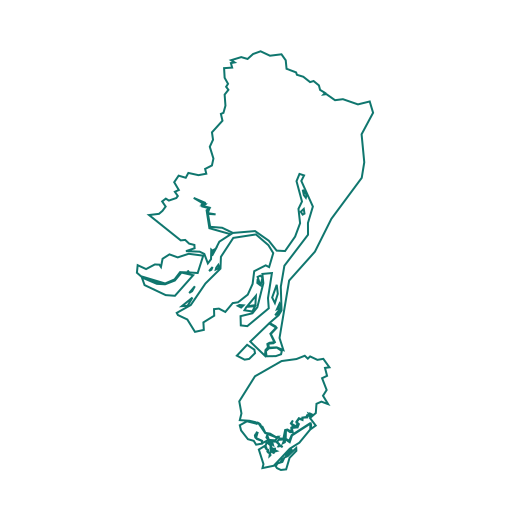 outline of Tana Tidung, Kalimantan Timur, Indonesia, rotated 108°
{"feature_id": "22746128B22343651246279", "entity_name": "Tana Tidung", "entity_type": "district", "adm_level": 2, "iso_a3": "IDN", "parent_name": "Indonesia", "parent_adm1": "Kalimantan Timur", "projection": "equal_earth", "projection_center": [117.34, 3.554], "detail": "fine", "context": "isolated", "style": "outline", "palette": "teal", "viewbox_px": 512, "rotation_deg": 108, "n_neighbors": 0, "source": "geoboundaries", "source_scale": "gbopen_adm2", "svg_char_len": 6166}
<svg xmlns="http://www.w3.org/2000/svg" viewBox="0 0 512 512"><g transform="rotate(108 256 256)"><path d="M267.6,316.8L273.0,324.1L269.3,310.9L270.0,305.8L277.9,299.5L272.9,297.8L263.8,300.5L264.6,298.7L263.6,298.4L261.5,296.5L253.7,295.3L243.1,286.7L244.0,308.9L227.8,317.1L225.0,315.2L225.5,322.5L223.9,323.5L222.2,321.0L222.2,323.3L220.0,333.2L221.1,321.0L222.3,320.0L224.9,322.8L224.4,315.0L230.1,315.1L228.9,307.3L230.8,314.7L242.4,308.6L239.6,296.9L241.2,285.1L232.6,264.6L237.5,248.6L244.5,238.0L242.3,229.9L225.5,224.8L211.2,224.2L198.0,230.2L190.0,229.1L172.3,240.6L164.5,240.0L164.5,235.2L170.6,236.1L191.4,217.2L208.5,216.8L219.7,213.1L256.5,226.0L277.6,222.9L299.9,214.9L305.3,216.2L315.5,222.4L316.9,215.7L318.0,214.2L325.6,217.8L332.1,211.4L333.6,212.5L335.6,217.2L339.2,215.4L336.5,208.1L337.0,200.9L326.7,208.3L269.1,216.9L233.7,201.3L197.3,195.8L149.0,179.6L133.4,182.0L107.6,193.2L83.6,188.9L73.9,195.6L80.3,205.9L80.0,221.8L83.4,229.0L80.3,239.1L81.5,241.6L79.6,240.7L78.2,246.4L74.3,248.9L71.8,255.3L73.9,258.3L70.9,266.4L71.0,273.1L69.0,274.6L68.5,284.8L60.7,288.2L56.3,294.1L61.2,304.6L59.9,314.9L64.8,321.2L71.2,324.9L71.4,331.5L77.5,340.2L78.5,336.2L80.3,339.5L84.2,336.9L87.2,344.4L96.2,340.9L100.9,335.8L104.3,336.7L106.5,333.6L112.2,335.7L122.5,331.5L129.9,331.2L131.7,333.3L137.7,329.7L152.0,336.1L158.7,332.8L166.4,333.7L176.5,326.6L183.5,325.9L188.9,331.3L193.1,328.7L196.9,335.7L197.9,346.0L203.3,347.0L203.5,354.4L211.1,356.6L217.1,349.8L220.0,353.0L223.1,348.9L225.5,349.7L230.2,356.0L229.3,359.5L233.1,362.1L236.9,357.2L242.0,358.9L245.9,361.3L250.1,370.4L264.4,332.4L262.6,328.3L264.9,323.4L264.5,318.0L267.6,316.8ZM374.3,148.8L374.6,141.6L368.2,149.1L361.6,147.4L351.8,155.4L348.0,151.4L341.1,155.8L339.2,151.8L333.0,160.2L335.8,165.5L334.8,173.5L337.6,175.0L335.8,178.8L341.5,185.7L348.0,199.2L370.7,219.8L399.4,227.0L410.2,221.2L417.1,220.7L414.7,211.2L414.2,205.1L415.1,203.6L414.0,203.3L414.0,202.1L414.7,200.0L416.4,198.4L416.4,197.1L421.3,192.4L420.6,187.7L422.1,180.9L421.0,179.2L422.3,177.2L421.3,173.5L412.5,174.5L411.3,172.5L412.2,168.0L408.3,169.4L406.7,168.0L406.0,165.2L405.7,169.0L404.4,171.1L401.0,170.1L404.5,170.7L405.9,164.1L404.0,164.9L402.5,163.9L402.0,166.0L401.3,166.4L397.0,165.1L397.3,161.3L395.4,162.0L393.8,158.9L393.6,157.7L392.2,158.3L391.6,158.1L391.6,155.6L390.8,157.1L389.7,157.2L389.1,156.4L389.2,155.3L390.2,154.3L388.6,153.5L390.4,153.9L389.8,157.0L391.8,155.2L391.6,157.8L393.7,157.4L395.3,161.6L397.6,161.1L397.4,164.7L401.3,166.0L402.7,163.3L406.1,163.5L408.5,168.8L412.1,166.7L413.0,169.1L411.9,172.6L412.7,173.6L420.7,171.3L421.4,167.3L415.3,166.7L398.5,153.0L398.5,152.1L399.6,151.4L403.7,150.4L398.8,146.8L393.4,154.6L386.9,150.6L377.9,152.8L374.3,148.8ZM262.5,240.1L247.9,240.5L241.9,247.5L235.5,262.7L245.8,283.2L267.6,289.1L279.0,285.9L297.8,295.6L322.8,302.9L334.6,313.8L336.3,312.0L337.6,301.7L347.0,290.6L342.4,282.8L335.4,285.5L325.7,277.3L319.5,279.5L317.5,275.0L318.7,267.9L308.0,263.6L305.6,258.8L295.3,251.9L283.6,250.6L271.0,253.0L261.9,243.9L262.5,240.1ZM301.3,365.7L308.7,364.1L310.8,359.2L310.2,333.9L303.4,326.2L294.8,323.2L292.4,314.8L292.0,315.8L290.9,316.4L292.3,314.5L290.2,306.2L272.0,306.3L274.7,320.7L281.5,330.0L281.2,338.8L287.5,344.0L295.8,343.0L294.1,345.2L295.3,349.6L302.4,356.5L301.3,365.7ZM404.2,150.8L398.6,152.5L415.5,166.3L422.7,166.4L421.2,171.7L424.2,171.0L425.7,172.5L421.7,172.3L423.8,177.6L426.4,178.6L427.5,176.2L428.8,174.6L428.8,173.1L429.6,171.7L429.0,174.9L428.5,175.0L430.1,175.5L430.2,175.9L428.3,175.5L426.3,179.6L428.7,186.7L428.8,183.5L429.3,182.2L430.5,181.4L429.0,187.4L430.6,184.3L434.4,181.0L433.0,177.5L434.6,180.7L435.1,176.1L436.1,177.6L435.4,182.2L437.9,177.5L437.4,181.6L431.6,183.7L429.8,188.3L434.5,188.2L434.7,187.2L436.3,186.3L436.6,184.7L438.9,183.5L439.3,181.6L441.0,180.7L442.1,181.3L439.5,181.8L439.1,183.8L438.4,184.8L436.8,184.8L436.5,186.4L434.8,188.5L433.7,188.8L439.2,193.5L451.6,184.6L455.7,184.3L450.0,174.3L428.8,164.3L420.2,157.1L404.2,150.8ZM325.4,242.6L301.8,227.7L292.3,231.6L267.3,235.6L271.1,244.4L279.6,240.6L304.3,238.9L311.6,241.7L318.0,252.1L326.7,249.0L325.4,242.6ZM318.9,320.8L293.7,309.8L294.8,321.8L304.4,325.6L311.0,333.7L313.1,341.7L311.7,357.9L318.1,353.0L321.1,329.8L318.9,320.8ZM426.9,186.9L425.4,180.8L421.4,179.1L422.3,180.6L421.5,192.6L414.2,202.1L415.3,203.4L416.0,213.5L422.0,219.1L426.5,216.3L432.7,207.1L432.5,201.0L435.4,197.6L432.2,191.6L432.2,192.5L430.0,193.2L429.8,198.6L428.5,200.8L427.0,201.6L425.8,201.4L423.9,200.2L423.5,201.7L423.7,199.9L429.1,199.8L429.9,193.0L432.0,192.1L427.0,187.3L425.4,190.0L423.5,190.0L423.2,189.8L426.9,186.9ZM334.4,216.4L332.3,211.9L325.5,218.3L317.9,214.7L316.1,222.7L339.2,235.0L348.1,216.7L342.5,217.9L339.2,216.4L336.2,218.0L334.4,216.4ZM356.7,243.4L358.1,234.8L356.0,230.7L348.7,226.9L345.6,228.6L343.2,237.0L356.7,243.4ZM437.6,161.7L428.8,157.4L426.2,158.4L436.5,164.0L438.9,166.7L443.7,167.3L446.6,171.4L449.9,172.3L451.3,170.4L451.8,166.2L449.6,161.4L437.6,161.7ZM338.4,202.1L336.7,207.8L339.8,215.2L343.5,217.2L348.1,215.0L345.1,206.2L341.7,201.8L338.4,202.1ZM294.9,223.5L285.2,223.6L277.0,227.4L290.5,227.8L294.9,223.5ZM302.9,241.4L293.9,243.8L306.6,248.9L302.9,241.4ZM304.0,241.4L307.3,249.3L311.2,250.2L309.9,242.3L304.0,241.4ZM324.5,305.7L315.2,303.6L326.6,311.0L324.5,305.7ZM275.4,248.0L282.1,243.2L282.4,242.5L274.4,243.2L273.4,245.8L275.4,248.0ZM185.2,226.6L182.2,226.7L178.6,232.0L183.3,229.3L185.2,226.6ZM200.1,227.1L202.2,224.4L200.7,223.0L196.5,225.1L200.1,227.1ZM297.7,216.8L295.4,217.7L294.0,218.9L300.1,219.6L297.7,216.8ZM309.2,305.9L303.7,304.8L311.8,308.1L309.2,305.9ZM306.4,219.5L302.5,216.4L299.3,216.9L306.4,219.5ZM437.1,166.1L433.9,163.2L428.5,162.2L430.9,164.0L437.1,166.1ZM311.4,347.4L312.4,342.5L311.3,337.0L310.8,339.8L311.4,347.4ZM309.0,257.9L309.6,254.2L306.8,252.7L307.7,256.6L309.0,257.9ZM263.6,298.2L269.4,297.9L261.9,296.5L263.6,298.2ZM281.3,290.1L278.7,287.2L276.1,289.1L279.4,290.2L281.3,290.1ZM277.4,247.3L281.2,246.4L281.7,245.0L277.4,247.3ZM444.3,169.0L442.8,167.2L439.9,167.0L441.2,168.1L444.3,169.0ZM284.7,296.0L282.9,294.2L279.9,293.9L284.7,296.0Z" fill="none" stroke="#0f766e" stroke-width="2"/></g></svg>